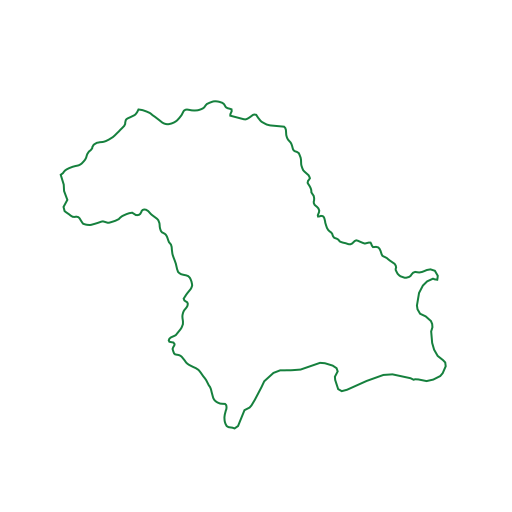 the district of Chuarrancho, Guatemala, rotated 249°
{"feature_id": "79465075B45501962231680", "entity_name": "Chuarrancho", "entity_type": "district", "adm_level": 2, "iso_a3": "GTM", "parent_name": "Guatemala", "parent_adm1": "", "projection": "robinson", "projection_center": [-90.462, 14.853], "detail": "fine", "context": "isolated", "style": "outline", "palette": "green", "viewbox_px": 512, "rotation_deg": 249, "n_neighbors": 0, "source": "geoboundaries", "source_scale": "gbopen_adm2", "svg_char_len": 6143}
<svg xmlns="http://www.w3.org/2000/svg" viewBox="0 0 512 512"><g transform="rotate(249 256 256)"><path d="M203.8,379.3L206.0,378.0L207.2,377.4L209.0,375.8L209.9,374.9L210.9,374.1L212.6,373.9L216.1,374.1L218.5,373.9L220.2,373.2L221.5,371.4L222.0,369.6L222.4,368.4L224.2,367.9L226.1,367.9L227.5,367.7L228.1,366.1L228.6,362.1L229.7,360.7L231.6,358.7L233.7,356.6L234.7,355.2L234.6,353.5L233.2,350.2L233.1,348.4L233.8,346.7L234.6,345.7L235.8,344.3L237.3,342.0L238.5,340.5L239.6,339.4L241.3,338.9L242.4,338.3L243.4,337.4L244.9,335.6L246.7,335.0L248.2,335.0L249.4,335.1L251.0,334.6L252.7,333.5L254.5,332.7L256.8,332.3L259.5,332.4L262.3,332.6L263.5,332.9L265.7,333.2L267.0,333.3L268.1,333.2L269.3,332.6L270.2,331.0L270.2,329.6L270.6,328.1L271.9,328.3L274.3,330.5L275.7,331.3L277.0,331.3L278.1,331.3L279.9,330.6L282.6,329.1L284.4,328.9L285.9,329.3L287.0,330.1L289.1,331.0L291.5,331.4L293.2,331.0L295.5,330.5L297.0,331.0L298.4,331.3L300.5,331.3L302.7,331.0L304.4,330.6L305.8,330.4L307.5,331.5L308.3,332.9L309.3,334.2L310.9,334.2L312.6,334.0L317.4,331.5L319.1,330.8L321.3,330.7L323.9,330.8L325.2,331.0L326.5,331.4L329.7,332.5L331.8,332.9L335.1,332.9L336.7,332.8L338.5,331.5L340.0,329.7L341.2,329.0L342.5,328.8L343.7,328.9L345.5,329.1L347.6,329.2L349.5,329.0L351.3,328.3L353.2,327.6L354.7,327.4L356.2,327.4L358.1,327.6L361.0,328.5L363.0,329.1L365.0,329.2L366.7,328.5L372.8,316.1L373.6,314.9L374.9,313.1L376.0,312.1L378.6,309.9L379.5,309.2L381.1,308.5L382.5,308.1L384.0,307.6L385.7,307.2L387.7,306.8L388.7,305.1L388.8,303.7L388.3,301.9L387.9,300.5L387.4,298.3L387.2,296.4L387.3,295.1L388.0,293.7L396.2,282.3L397.6,282.9L399.9,285.2L401.7,285.7L402.7,284.5L404.2,282.4L405.4,281.4L406.4,281.0L408.0,280.8L409.6,280.4L411.2,279.3L413.0,277.1L413.8,275.9L414.6,274.4L415.1,273.3L415.6,271.6L415.7,269.9L415.7,267.4L415.5,264.6L414.7,263.0L413.3,260.9L412.8,259.1L412.7,256.9L412.8,254.9L413.0,253.5L413.8,250.9L414.9,248.4L415.6,247.2L416.3,246.1L417.5,244.0L417.8,242.5L417.5,240.8L416.8,239.9L414.3,237.1L413.6,236.0L412.3,233.8L411.5,232.2L410.9,231.0L410.5,229.7L410.1,227.7L410.0,226.2L410.0,224.4L410.4,221.5L410.9,220.2L411.8,218.7L412.9,217.4L414.2,216.3L417.8,214.2L420.4,212.6L421.9,211.7L423.5,210.6L424.5,209.9L426.4,208.9L427.6,208.1L429.0,206.7L430.1,205.6L431.9,203.5L432.8,202.4L433.6,201.1L434.9,198.8L432.9,196.6L432.1,195.4L431.3,194.0L431.0,192.7L430.6,188.1L430.5,185.9L430.2,184.2L429.5,183.1L427.4,181.7L426.2,181.2L424.7,179.6L423.3,176.6L422.5,174.7L421.4,172.5L420.7,170.8L419.1,167.2L418.3,165.0L417.4,160.3L417.1,157.0L417.2,155.0L417.4,153.7L418.2,150.9L418.4,149.5L418.7,148.0L418.3,145.5L418.0,144.3L416.4,142.3L415.2,141.6L414.0,139.5L413.4,137.5L412.5,136.2L411.7,135.1L410.7,134.2L408.6,132.6L407.2,131.0L406.1,129.1L404.8,126.4L404.4,124.8L404.2,123.0L404.4,121.4L404.7,119.7L405.0,116.8L405.0,113.1L404.7,110.2L404.3,108.5L403.5,106.9L402.5,105.4L401.8,102.8L391.6,102.1L385.4,100.1L376.0,100.0L370.8,93.9L366.5,93.4L365.0,94.3L361.8,96.5L360.2,97.4L358.3,98.9L357.4,100.8L357.2,102.2L356.0,104.0L354.7,104.7L353.4,105.0L352.0,105.2L350.7,105.5L349.6,105.7L348.0,106.2L346.3,108.4L345.5,109.8L344.6,111.7L344.2,113.0L344.0,115.1L343.8,117.3L343.6,120.2L343.5,123.9L343.2,125.5L341.8,127.4L341.0,128.4L340.1,129.6L339.7,130.9L339.5,133.4L339.4,135.1L339.3,137.3L339.6,141.1L340.4,142.7L341.1,144.9L341.3,146.5L341.4,148.2L341.5,150.2L341.4,152.9L340.8,155.9L339.1,157.2L337.3,158.5L336.6,160.1L336.4,161.6L336.8,163.0L338.1,164.6L339.0,165.4L339.6,166.7L339.5,168.3L338.6,169.9L336.5,171.5L334.1,172.4L332.6,173.0L331.2,173.8L326.3,176.9L324.5,177.6L323.3,177.6L321.2,177.6L319.3,177.1L318.1,176.7L316.2,176.3L314.5,176.2L313.4,176.2L311.8,176.7L310.5,177.9L309.4,178.8L308.3,179.4L306.2,179.8L304.4,179.8L302.3,179.7L300.1,179.7L298.4,180.3L297.1,180.7L295.9,180.6L294.7,180.5L293.3,180.1L292.0,179.7L288.3,178.8L286.9,178.6L284.4,178.5L280.8,178.5L277.5,178.4L275.4,178.1L271.9,177.6L270.4,177.6L269.2,177.5L267.5,178.3L265.9,179.5L265.1,180.6L264.2,181.9L263.0,183.8L261.5,185.5L259.5,186.4L257.8,186.6L255.3,186.6L252.7,186.2L251.3,185.8L249.6,184.4L248.5,183.1L247.3,181.0L246.1,178.9L244.9,177.0L242.1,173.2L240.2,173.2L239.1,173.9L237.4,175.2L235.8,175.2L234.1,174.2L233.0,172.9L232.1,171.4L231.3,169.9L230.4,168.7L229.2,167.6L227.5,166.4L226.2,165.7L224.3,165.1L222.5,164.7L220.9,164.3L218.5,163.3L216.5,161.5L215.7,160.7L214.6,159.2L213.1,156.6L210.9,152.8L210.7,151.4L210.5,147.4L209.8,145.5L208.5,144.3L207.0,144.4L206.0,145.9L204.8,147.9L202.9,148.4L201.8,147.7L200.5,146.0L199.1,144.8L196.7,144.6L194.4,144.6L193.2,145.2L192.4,146.4L191.6,147.8L190.7,149.0L189.6,149.9L188.6,150.5L186.5,151.2L184.0,152.0L182.3,152.4L181.1,152.8L179.8,153.5L178.6,154.3L177.1,155.6L174.9,157.6L172.9,159.6L170.4,161.4L169.2,161.9L166.9,162.6L162.8,163.6L160.0,164.5L157.9,165.0L155.1,165.3L152.1,165.6L150.4,166.1L148.4,166.2L147.0,166.1L144.8,165.8L141.0,165.4L138.8,165.2L137.1,165.4L135.8,165.8L134.0,166.8L132.8,167.8L131.1,169.6L130.2,171.4L129.0,174.1L127.6,174.7L126.5,174.6L124.9,174.1L123.5,173.3L122.5,172.4L119.1,170.0L116.7,168.7L114.6,168.0L113.1,167.6L111.5,167.4L109.9,167.4L107.7,167.7L106.1,169.0L105.4,170.2L104.2,172.4L102.7,174.2L103.7,178.3L116.2,190.0L116.8,195.7L118.1,198.2L122.1,203.3L131.5,214.0L136.1,218.8L140.6,230.4L140.6,237.5L136.6,248.3L134.0,256.9L133.3,277.5L131.2,281.9L126.2,288.3L122.4,291.0L119.0,290.9L115.0,286.4L111.9,285.5L102.3,285.0L99.1,287.6L98.5,293.0L99.7,314.5L99.3,332.3L96.6,341.0L86.5,356.5L84.0,358.8L83.9,360.4L82.6,363.3L78.1,370.4L77.1,377.2L77.9,385.0L79.7,388.3L85.1,393.6L88.8,394.5L91.7,393.3L97.6,389.8L104.7,388.7L111.7,389.3L122.8,392.5L126.3,395.2L129.4,396.1L132.6,396.0L138.8,392.8L143.3,388.5L148.4,387.7L152.1,388.5L163.1,395.0L168.6,401.2L171.0,406.7L171.4,413.1L170.2,414.4L168.9,416.7L170.4,417.6L172.4,418.6L178.1,417.7L181.0,414.1L181.7,410.4L181.6,407.6L181.6,405.3L182.1,402.5L183.0,400.8L184.1,398.9L184.1,396.7L183.2,394.9L182.0,393.1L181.6,391.3L181.9,388.3L182.5,386.9L185.3,383.6L186.5,382.8L188.5,381.9L189.7,381.7L192.7,381.4L193.8,381.7L195.1,382.7L196.9,383.0L199.0,382.6L203.8,379.3Z" fill="none" stroke="#15803d" stroke-width="2"/></g></svg>